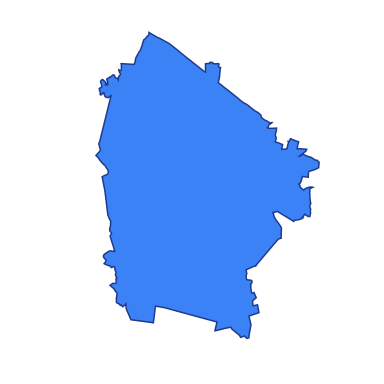 Damascus, Damascus, Syria (orthographic projection), rotated 287°
{"feature_id": "27442178B22471987034404", "entity_name": "Damascus", "entity_type": "district", "adm_level": 2, "iso_a3": "SYR", "parent_name": "Syria", "parent_adm1": "Damascus", "projection": "orthographic", "projection_center": [36.287, 33.515], "detail": "fine", "context": "isolated", "style": "filled", "palette": "blue", "viewbox_px": 384, "rotation_deg": 287, "n_neighbors": 0, "source": "geoboundaries", "source_scale": "gbopen_adm2", "svg_char_len": 5912}
<svg xmlns="http://www.w3.org/2000/svg" viewBox="0 0 384 384"><g transform="rotate(287 192 192)"><path d="M187.0,106.1L185.2,106.2L184.7,106.2L184.0,105.8L182.1,103.4L180.3,101.6L167.6,108.4L145.5,118.2L141.5,121.4L140.7,122.5L140.0,122.9L139.3,123.1L137.8,123.3L136.0,124.0L135.4,124.0L133.4,123.9L131.2,124.5L130.8,124.7L130.1,125.8L129.5,126.8L129.4,127.0L129.1,127.1L128.9,127.1L126.2,126.6L125.7,126.7L119.9,130.6L119.8,130.8L112.6,135.5L112.4,135.0L112.3,134.5L112.0,131.9L111.6,130.6L111.3,130.0L110.0,129.0L107.8,127.1L106.9,126.5L105.8,126.0L104.7,126.0L104.0,126.4L103.3,127.1L102.7,127.9L102.6,128.1L102.1,129.2L101.6,129.7L101.1,129.9L100.3,129.8L99.3,129.6L98.7,129.3L98.3,128.9L98.0,128.8L97.7,129.0L97.2,133.2L97.2,133.9L97.6,135.0L96.4,136.4L96.2,137.3L97.8,138.7L97.8,139.5L96.8,140.4L95.3,140.9L94.1,141.8L93.4,142.6L92.5,142.9L91.6,142.8L90.1,143.2L88.7,144.2L87.8,145.3L87.1,144.8L86.1,144.8L85.2,145.2L84.2,145.7L83.3,146.1L82.6,145.9L82.0,144.9L81.5,143.0L78.8,140.9L77.7,143.2L76.8,145.3L76.0,146.4L74.4,148.1L73.8,149.3L72.8,150.1L68.3,150.7L66.3,151.4L65.0,151.7L64.1,152.4L63.8,153.6L63.7,155.1L63.3,155.5L62.6,156.7L63.3,157.4L62.0,159.4L64.3,160.9L65.6,161.5L61.1,163.2L53.4,169.8L53.0,170.0L52.0,171.0L55.2,190.3L55.6,193.3L72.2,190.4L73.3,199.1L75.0,253.9L66.0,254.5L66.7,255.9L71.0,263.0L74.0,268.5L72.7,270.1L72.3,270.8L69.8,277.1L69.0,278.9L68.6,279.5L67.2,281.0L68.0,281.8L68.2,282.4L69.6,284.3L69.5,284.5L68.0,287.2L69.2,289.0L72.8,288.3L82.3,287.2L90.0,282.7L96.2,291.3L103.3,287.6L101.2,284.1L101.2,283.8L101.3,283.6L104.8,282.0L105.5,281.9L106.1,282.1L109.7,284.3L114.0,280.7L112.8,279.0L112.8,278.7L112.9,278.4L119.1,275.6L119.5,275.5L119.9,275.7L120.8,274.9L122.2,275.7L124.0,275.7L124.9,274.5L124.1,270.1L125.2,269.3L127.6,268.2L128.9,268.3L129.6,268.2L130.2,268.1L131.2,267.7L133.3,266.4L133.5,266.5L134.3,267.6L135.2,268.5L140.1,274.2L139.8,274.6L140.1,274.8L140.5,274.6L172.1,288.2L174.0,290.8L174.7,290.5L176.0,290.1L183.2,288.2L184.1,287.7L185.1,286.7L186.9,284.5L190.9,279.2L191.3,278.8L192.5,277.8L196.2,275.4L196.6,276.5L197.9,278.5L198.4,279.2L193.6,298.0L194.4,298.1L195.0,298.7L195.4,299.3L196.4,301.6L196.9,302.5L198.5,304.7L198.9,304.9L199.9,305.8L200.2,304.9L201.7,305.7L203.7,306.3L203.2,307.7L202.5,310.2L203.0,311.8L204.1,311.8L204.4,311.7L205.2,311.5L206.1,311.7L207.7,311.0L210.4,310.4L210.9,310.1L211.4,309.6L212.0,309.2L212.6,308.9L214.0,308.6L214.8,308.9L216.0,308.9L216.3,308.7L217.4,307.9L220.0,306.9L221.6,306.1L222.8,305.7L224.2,305.5L224.5,305.4L224.8,305.1L225.4,304.8L226.2,304.6L227.1,304.6L227.8,304.2L228.9,303.8L229.2,303.8L229.6,303.9L231.8,306.1L231.6,304.5L231.0,302.9L230.7,302.4L229.6,301.0L228.8,299.7L226.4,298.2L228.3,293.9L229.3,293.5L229.8,293.4L230.7,291.8L232.2,292.9L233.9,293.2L239.1,293.1L240.1,298.8L245.1,297.6L246.0,297.9L249.0,302.5L252.2,306.0L257.6,304.9L258.6,303.0L258.9,302.7L258.6,300.7L260.0,295.6L259.9,291.5L260.6,286.8L257.9,284.9L257.7,284.3L262.2,287.5L264.2,288.8L265.2,289.1L265.8,289.2L266.4,289.2L265.7,286.2L265.1,283.0L264.5,281.3L264.2,280.7L264.1,279.9L265.8,279.7L267.9,279.4L268.8,279.3L269.7,279.4L271.2,279.3L271.2,277.6L271.6,271.7L271.9,270.9L271.7,270.6L268.8,270.1L268.8,269.9L268.2,269.8L268.2,269.6L268.0,269.9L266.1,269.8L261.1,270.1L260.2,268.4L259.4,266.1L259.0,265.4L259.7,265.1L260.0,265.1L262.5,265.0L263.9,264.8L264.0,262.2L264.2,261.8L264.3,257.0L268.2,256.8L268.8,256.6L270.0,255.4L270.4,255.2L271.0,255.0L272.2,254.8L274.8,254.8L277.8,254.2L276.1,249.4L275.6,247.8L275.4,246.6L275.2,246.1L275.6,245.3L276.4,245.7L278.2,245.9L279.0,246.1L279.5,246.4L281.0,247.9L281.7,248.2L281.4,247.3L281.1,246.6L281.0,246.3L281.0,245.8L281.8,242.7L282.2,240.0L282.8,238.4L283.1,237.7L283.7,236.7L285.7,235.2L286.0,234.8L286.3,234.2L287.3,231.8L288.0,228.4L290.1,222.9L290.8,221.6L291.0,221.0L291.9,218.2L292.1,217.1L292.4,215.4L293.1,213.3L293.7,211.7L294.9,209.1L297.9,201.5L299.4,197.8L300.9,193.7L304.3,185.1L309.3,184.8L316.4,183.3L319.4,182.9L319.2,180.7L320.2,180.5L321.7,180.5L322.1,180.4L322.5,180.0L322.5,179.7L321.3,176.7L321.1,175.4L320.9,174.4L321.8,174.0L321.9,173.9L321.3,171.4L321.1,171.2L320.4,171.4L320.1,171.3L319.3,169.0L318.5,167.4L310.6,169.9L311.0,168.0L320.4,144.0L324.3,134.5L327.0,127.6L327.6,125.5L328.6,120.5L329.4,116.8L329.8,113.4L330.1,112.4L330.8,109.1L332.0,104.2L330.4,104.7L328.9,104.5L327.7,103.6L327.1,103.3L326.5,103.2L324.8,102.4L324.0,101.9L323.6,101.5L323.1,101.3L322.6,101.3L321.9,101.4L319.4,101.3L318.5,101.5L317.9,101.5L316.3,101.3L312.9,101.2L312.3,101.1L310.1,100.3L309.1,100.2L306.7,99.6L305.1,99.4L304.0,99.1L303.4,99.1L302.2,99.1L300.3,99.6L298.9,99.5L297.2,99.6L294.1,87.1L294.0,86.7L293.2,87.2L288.1,88.8L287.7,88.8L287.5,88.7L287.2,88.3L287.5,86.3L285.2,87.7L284.4,88.9L283.1,89.3L282.4,88.7L281.3,88.3L279.3,88.2L277.8,88.6L278.4,88.0L279.1,87.5L279.0,87.0L278.7,86.1L278.7,85.8L279.2,85.1L279.5,84.7L280.7,83.9L280.9,83.5L280.8,82.6L281.0,82.3L278.9,80.9L278.4,80.6L278.1,80.1L277.6,79.5L277.3,79.5L276.8,79.1L275.8,77.9L275.4,77.7L274.9,77.5L274.1,77.9L273.3,78.7L272.9,79.0L272.3,79.1L271.3,79.6L271.1,79.8L270.0,80.2L269.8,79.7L269.8,79.2L269.2,78.5L269.1,78.1L269.2,77.8L269.5,77.7L270.5,78.3L271.2,77.8L271.9,76.8L272.5,75.8L273.0,74.3L273.4,73.9L273.2,73.3L272.6,72.8L272.1,72.4L271.2,72.2L270.1,72.7L268.4,74.0L267.0,74.7L266.3,74.9L265.7,74.8L265.2,74.4L264.9,73.9L264.3,73.4L263.9,73.0L263.1,73.5L261.7,74.0L261.1,74.8L260.4,75.2L258.3,75.7L258.2,76.5L258.8,77.1L259.6,77.6L260.8,77.9L261.2,78.2L261.2,78.6L260.5,79.2L259.4,79.7L258.0,80.8L257.6,81.6L257.5,82.7L257.7,84.3L260.0,85.9L260.4,86.4L213.0,89.0L211.4,88.7L211.1,88.7L210.6,88.9L206.5,91.5L205.5,92.0L204.7,92.1L202.9,91.4L200.1,90.0L198.8,89.5L197.8,91.6L197.5,92.1L196.3,93.6L195.3,94.8L193.7,97.4L192.3,99.7L192.2,100.2L192.0,100.8L191.8,101.3L190.1,102.9L189.1,104.4L188.7,104.8L188.0,105.4L187.0,106.1Z" fill="#3b82f6" stroke="#1e3a8a" stroke-width="1.5"/></g></svg>